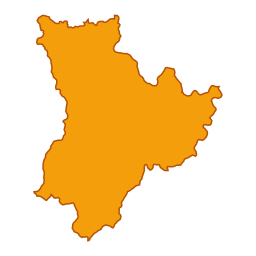 outline of Botumirim, Minas Gerais, Brazil
{"feature_id": "56859067B82959526320551", "entity_name": "Botumirim", "entity_type": "district", "adm_level": 2, "iso_a3": "BRA", "parent_name": "Brazil", "parent_adm1": "Minas Gerais", "projection": "mercator", "projection_center": [-43.005, -16.951], "detail": "fine", "context": "isolated", "style": "filled", "palette": "amber", "viewbox_px": 256, "rotation_deg": 0, "n_neighbors": 0, "source": "geoboundaries", "source_scale": "gbopen_adm2", "svg_char_len": 5644}
<svg xmlns="http://www.w3.org/2000/svg" viewBox="0 0 256 256"><path d="M87.8,240.6L89.0,240.5L89.7,239.4L90.2,238.1L91.1,237.0L93.5,234.2L94.7,233.1L96.3,232.2L99.1,230.1L100.7,229.6L102.3,226.9L103.4,226.0L104.8,225.3L106.6,225.0L108.1,225.6L109.8,225.8L111.3,227.1L112.8,227.9L113.9,226.7L114.4,225.1L115.2,223.7L116.4,222.8L117.1,221.5L120.1,219.4L120.7,217.9L120.9,216.4L120.5,215.0L119.4,213.8L118.9,212.2L119.3,210.7L119.0,208.7L119.8,207.6L121.2,206.8L121.9,205.5L121.4,203.6L121.7,201.9L123.3,199.7L124.0,198.2L125.0,196.7L126.0,195.3L127.0,193.3L127.5,191.6L128.7,191.2L129.8,190.7L130.9,189.7L133.0,188.4L133.9,187.6L134.9,186.6L136.2,185.7L138.0,185.3L139.6,184.8L140.1,181.1L142.0,178.6L142.1,176.9L143.1,174.4L144.4,170.3L144.3,168.5L144.4,166.3L145.0,164.8L146.2,164.6L147.2,165.6L147.4,166.8L148.0,168.3L149.1,169.0L149.9,170.0L151.3,169.7L152.3,168.7L153.0,167.6L153.1,165.5L153.9,164.5L155.1,164.4L156.3,164.8L159.4,164.8L160.4,167.5L161.5,168.2L164.2,170.3L166.0,170.6L168.0,170.6L167.8,169.1L167.1,167.8L167.6,166.6L169.1,166.7L170.6,166.7L172.3,166.7L173.8,166.5L177.0,165.1L178.9,165.3L180.7,165.0L182.5,162.4L183.7,161.3L184.1,159.9L185.2,158.7L186.7,158.3L188.4,157.6L192.4,155.0L193.8,155.4L195.4,156.2L196.4,155.3L196.4,153.2L196.0,151.6L194.5,149.2L194.1,148.1L195.3,145.5L196.3,144.3L197.4,141.1L198.6,139.5L202.3,140.3L203.8,139.6L206.1,137.2L206.8,135.9L207.4,133.7L207.3,131.7L204.9,128.7L203.6,127.5L203.1,126.0L204.1,124.7L205.9,124.7L207.1,125.1L208.4,125.2L210.3,124.9L211.3,123.5L211.8,120.5L209.8,117.8L211.1,116.1L212.6,115.1L213.3,114.2L214.7,111.7L215.8,110.4L216.0,108.7L214.8,107.3L213.7,106.3L213.0,105.1L212.0,102.0L211.3,100.5L212.1,99.1L213.1,98.1L214.3,97.6L216.1,97.6L217.6,98.3L219.2,98.0L221.0,97.0L221.9,95.4L221.6,93.8L219.6,90.5L218.8,89.5L218.3,88.3L219.1,86.6L217.3,86.8L215.7,86.6L212.6,85.6L211.5,85.9L210.0,88.1L209.1,89.9L208.5,92.0L207.4,92.6L204.8,93.2L201.5,94.5L200.1,94.8L198.5,93.9L196.4,91.1L194.7,90.5L193.6,91.1L191.8,93.6L191.0,95.1L190.0,95.7L187.9,95.9L186.8,95.8L185.6,95.1L183.7,94.2L182.9,92.5L181.8,92.3L182.4,90.6L181.1,85.1L181.0,83.8L179.9,82.5L178.5,80.9L177.4,79.5L176.2,78.2L175.7,77.1L174.4,75.5L174.9,72.3L174.4,70.2L173.6,68.9L172.3,68.9L169.9,68.1L168.3,68.0L167.0,67.5L165.5,67.9L164.6,69.5L164.3,70.7L163.1,71.9L162.3,73.4L161.3,74.7L159.4,76.1L157.9,77.5L157.3,79.3L157.8,81.3L157.7,82.8L157.4,84.1L156.7,85.2L155.5,85.8L153.8,85.7L152.3,85.4L149.3,83.4L147.7,83.5L146.5,82.8L145.2,81.7L144.0,80.4L143.5,78.7L142.7,77.6L141.7,76.5L140.4,75.9L139.4,74.4L138.9,73.0L138.6,71.5L138.0,70.0L137.8,68.7L137.0,66.3L137.4,63.6L136.9,62.0L135.3,60.6L133.7,59.7L132.8,58.9L132.0,58.0L131.2,56.6L130.0,55.1L126.9,53.6L123.8,53.6L120.9,53.0L116.8,52.4L115.2,51.7L114.0,50.3L113.6,48.8L113.9,47.0L115.5,43.9L116.3,43.1L118.4,41.6L119.2,40.4L120.0,37.3L120.9,36.1L120.0,34.6L119.2,33.5L119.4,32.2L118.4,29.3L118.3,27.8L119.5,26.4L119.9,24.7L119.0,23.6L117.8,23.1L118.8,19.3L118.7,17.2L117.4,15.6L115.7,15.4L114.5,15.4L114.7,17.0L114.5,19.0L112.8,18.7L110.3,19.0L109.0,19.8L108.1,20.8L107.0,21.5L105.6,22.2L103.9,22.2L102.9,21.3L101.7,21.5L100.3,21.4L99.0,21.6L97.9,22.4L97.2,23.3L96.9,25.1L95.8,25.3L94.2,24.2L92.8,22.7L90.1,23.3L88.5,22.7L88.1,19.5L87.1,20.6L86.4,22.0L85.2,22.6L83.8,22.4L84.5,23.7L84.6,25.1L83.1,26.0L81.5,26.0L79.8,26.1L78.1,26.8L76.4,26.8L75.1,26.3L73.8,27.8L72.1,27.8L71.0,27.1L69.8,27.1L68.3,27.5L67.4,26.3L67.9,24.9L67.0,23.6L67.4,22.5L66.8,21.2L65.0,21.1L63.9,21.6L63.4,22.7L62.1,22.5L61.1,21.5L59.6,21.7L59.1,23.2L58.1,23.6L56.3,23.4L54.6,22.7L52.3,20.7L51.1,20.0L49.8,18.8L49.1,16.9L47.8,16.5L46.5,16.3L45.0,15.7L43.4,15.4L42.2,15.5L40.7,16.7L39.4,17.3L38.4,18.2L38.0,19.3L37.1,20.7L38.3,22.5L39.7,24.0L40.1,25.5L40.1,26.7L40.6,28.0L40.6,29.4L41.3,30.5L42.4,30.2L43.5,31.0L43.2,32.7L43.9,33.9L42.5,36.4L41.5,37.3L40.1,37.9L38.3,38.2L37.2,39.6L36.8,42.0L37.0,43.3L37.8,44.3L39.4,44.0L42.6,44.4L43.5,46.4L44.8,47.3L44.7,48.7L47.1,50.9L47.5,52.5L47.7,53.8L47.4,55.3L48.0,56.6L49.1,57.3L50.8,59.9L51.1,63.1L51.5,64.5L52.0,67.7L51.9,69.1L51.5,70.2L51.4,72.2L52.4,73.5L53.1,75.2L53.4,77.0L54.3,78.0L55.4,78.8L56.7,80.1L56.9,83.2L56.1,84.9L55.8,86.4L55.7,87.7L56.3,89.4L58.3,89.2L59.7,89.6L60.4,90.5L60.1,92.1L60.4,93.7L61.4,94.9L62.5,96.4L64.2,97.2L65.2,98.5L66.3,100.7L67.2,102.0L66.2,107.8L66.1,109.8L65.8,111.4L67.8,115.3L67.6,116.6L67.5,118.0L66.2,119.4L64.7,119.9L63.3,120.7L63.3,122.1L64.5,122.8L65.1,124.2L65.2,125.9L64.6,127.8L64.2,129.6L64.6,130.8L65.3,132.4L65.1,134.2L63.6,135.8L63.1,137.7L62.3,139.5L60.9,140.3L59.5,140.3L57.9,140.2L56.5,140.7L55.0,140.9L53.5,141.8L52.2,144.3L51.4,145.4L50.7,146.6L50.7,147.9L50.0,149.2L48.9,150.6L47.8,151.7L47.2,152.7L46.1,153.6L45.6,155.4L45.5,157.4L44.4,159.2L43.7,160.9L43.3,162.9L43.1,165.2L43.1,167.0L43.0,168.3L43.2,169.4L44.3,172.3L44.3,173.6L44.0,174.9L44.1,176.2L43.7,177.8L44.2,179.6L43.9,182.9L43.0,184.6L41.9,185.5L41.3,186.5L40.7,188.1L38.8,190.4L37.5,191.3L36.0,191.6L34.1,191.7L34.4,193.0L35.5,193.6L36.3,194.5L37.0,196.2L39.0,196.0L40.6,196.5L42.0,197.3L43.3,198.2L45.3,199.9L46.6,200.3L47.9,198.7L49.4,197.3L50.7,196.3L51.1,194.5L52.5,195.6L53.3,196.9L54.1,197.9L55.4,198.1L57.0,197.7L58.4,197.7L59.7,198.9L59.5,200.2L59.3,201.4L60.2,202.8L61.5,204.1L62.9,204.8L64.5,204.5L66.1,204.0L67.4,203.8L69.9,203.7L71.6,203.1L73.2,203.0L74.1,203.9L74.4,205.1L75.1,206.6L76.4,209.7L77.4,211.4L77.6,212.7L77.4,214.0L78.1,215.7L78.1,217.4L77.4,218.6L74.8,221.8L73.5,222.8L72.8,224.5L72.3,228.5L73.4,230.0L74.2,231.7L77.2,232.9L78.5,233.9L79.2,235.4L80.5,236.5L81.8,237.4L83.3,236.8L84.7,237.1L85.8,236.8L87.0,236.8L88.1,237.7L87.8,240.6Z" fill="#f59e0b" stroke="#b45309" stroke-width="1.5"/></svg>